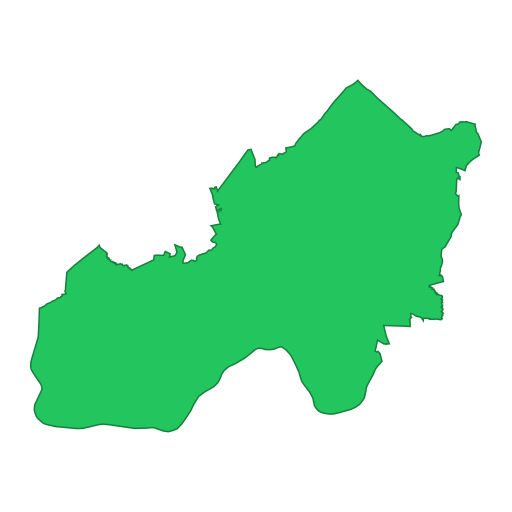 Ūdrīšu pag., Kraslavas, Latvia (Albers equal-area conic projection)
{"feature_id": "27541924B10135077648270", "entity_name": "Ūdrīšu pag.", "entity_type": "district", "adm_level": 2, "iso_a3": "LVA", "parent_name": "Latvia", "parent_adm1": "Kraslavas", "projection": "albers", "projection_center": [27.063, 55.925], "detail": "fine", "context": "isolated", "style": "filled", "palette": "green", "viewbox_px": 512, "rotation_deg": 0, "n_neighbors": 0, "source": "geoboundaries", "source_scale": "gbopen_adm2", "svg_char_len": 6033}
<svg xmlns="http://www.w3.org/2000/svg" viewBox="0 0 512 512"><path d="M382.0,361.3L381.0,357.6L380.2,353.8L377.9,351.3L377.1,352.1L375.2,351.2L377.5,340.1L383.9,343.9L386.2,343.8L386.1,344.2L389.3,343.8L386.2,336.0L383.7,325.5L403.7,326.1L410.2,326.5L410.0,320.2L409.4,319.7L411.6,317.3L410.9,316.9L410.7,314.0L410.9,313.5L412.9,314.0L416.2,316.2L420.7,317.2L421.3,317.7L423.2,320.5L423.2,318.7L423.8,318.5L423.8,318.2L429.5,318.5L429.4,319.2L434.2,319.3L435.2,319.0L441.0,319.7L441.3,318.4L442.5,319.4L442.3,319.1L441.9,317.9L441.4,317.5L441.7,316.7L442.7,315.6L442.7,315.3L442.2,314.7L442.8,314.3L442.8,313.6L443.1,313.4L443.0,312.9L442.3,312.2L441.5,311.9L441.3,311.6L442.6,310.2L443.0,309.3L442.5,308.7L442.5,308.3L442.2,308.1L442.5,307.8L442.3,307.3L441.2,306.9L442.6,305.8L442.7,305.4L442.0,305.0L441.5,302.9L442.6,302.6L441.7,300.7L442.5,300.0L441.6,299.5L441.3,298.7L442.2,298.2L442.5,296.7L442.0,295.8L441.4,295.5L440.0,295.3L437.7,294.4L436.7,294.6L436.7,294.4L437.4,294.1L437.5,293.4L437.1,293.2L436.4,293.4L436.2,293.2L436.3,292.7L436.1,292.6L435.2,292.8L435.1,292.4L435.4,291.2L434.1,290.6L433.9,290.1L434.1,289.3L431.9,289.2L432.6,288.0L430.5,286.7L429.6,287.3L429.0,286.3L429.3,285.4L443.5,281.4L442.4,276.5L441.7,275.8L439.1,275.5L439.4,274.8L439.8,275.3L440.5,275.5L440.7,274.8L439.6,274.4L439.9,272.5L440.4,271.0L440.3,269.0L440.6,267.7L441.8,264.6L442.4,262.5L442.5,261.1L442.3,259.2L441.3,257.0L441.1,255.6L441.6,251.4L441.6,249.7L442.4,248.7L445.1,246.9L451.1,236.6L451.5,233.8L452.3,232.0L457.9,224.5L458.7,221.6L459.4,219.8L459.9,217.4L461.4,214.8L459.0,208.0L458.7,204.2L458.8,195.7L458.1,196.2L455.5,193.7L456.2,191.1L456.7,179.7L457.8,178.0L459.9,179.6L460.0,176.5L459.0,176.3L458.3,172.9L456.3,172.4L456.4,167.6L457.9,167.8L464.3,170.3L465.0,170.7L466.4,165.6L469.7,162.1L472.6,159.5L479.4,155.2L478.6,153.3L478.7,151.0L479.1,150.8L481.3,142.0L477.9,133.5L477.0,132.9L476.6,132.3L476.2,131.0L476.1,129.9L475.4,127.1L474.9,126.1L475.3,124.3L466.5,121.7L466.5,121.9L460.0,121.9L458.2,124.1L456.0,124.4L451.4,130.4L449.3,128.7L444.7,129.3L442.5,131.2L440.4,132.4L435.9,133.9L429.0,135.8L426.2,135.8L424.1,136.6L421.6,136.3L420.5,134.9L420.5,135.6L412.9,130.8L411.6,128.7L401.8,119.8L401.0,119.5L394.6,113.3L377.6,98.3L370.5,91.1L366.8,89.2L360.6,83.6L357.9,80.3L355.6,82.4L352.1,84.9L346.3,87.9L340.8,94.4L334.2,101.6L330.0,107.0L327.7,110.4L324.6,114.0L320.7,119.7L319.4,120.2L318.3,121.9L310.7,128.9L304.2,133.2L300.7,137.4L299.6,138.3L295.8,143.4L294.8,145.8L291.3,146.9L285.9,147.9L286.3,151.5L285.6,152.5L283.4,153.4L282.9,154.1L281.2,154.2L280.8,153.8L279.1,153.5L278.6,154.4L278.0,154.7L278.0,155.1L278.3,155.5L277.4,155.6L277.2,156.7L275.9,157.6L275.9,157.4L272.7,157.2L269.8,157.8L269.4,158.8L269.4,160.4L267.5,161.2L266.9,161.9L265.4,162.7L263.9,162.7L262.5,163.3L262.0,163.0L261.6,164.1L257.5,166.1L256.9,166.6L256.9,167.0L256.2,167.4L255.3,166.2L255.0,159.6L251.0,149.3L247.9,150.0L243.1,156.5L240.0,161.1L217.6,191.0L217.5,189.9L216.8,188.7L216.3,186.8L214.9,187.2L214.7,187.7L214.8,188.5L214.7,188.9L214.1,188.8L214.0,188.5L212.9,188.6L212.5,188.3L212.0,188.5L211.1,188.1L210.4,188.6L209.9,188.5L212.5,194.9L213.2,198.9L214.5,203.8L218.5,205.0L215.6,206.6L216.6,210.8L221.0,208.4L221.3,210.1L217.2,212.4L217.9,215.2L218.1,217.0L218.9,219.9L220.7,224.2L219.0,224.2L211.0,225.8L212.6,227.2L216.4,234.3L215.8,234.5L210.8,240.1L211.8,241.5L212.7,242.1L215.4,242.5L216.6,244.2L216.7,244.8L216.0,245.5L215.4,246.7L212.9,248.2L212.1,249.5L211.0,250.4L208.8,250.1L206.5,252.6L205.7,253.1L201.7,254.2L198.8,255.3L197.7,256.1L197.0,256.8L196.5,258.5L196.8,259.2L196.7,260.1L194.8,261.4L193.1,260.4L191.8,260.1L191.0,260.4L187.9,262.7L183.6,263.4L183.0,263.0L182.6,262.5L183.1,261.6L183.0,260.5L185.2,255.6L185.4,254.6L185.2,254.1L181.8,246.6L181.8,247.7L174.9,244.8L177.0,252.3L175.1,255.6L169.5,257.1L170.2,253.8L165.2,251.4L163.7,255.3L156.6,255.2L154.3,255.4L153.7,259.9L131.7,270.2L131.6,269.8L131.0,269.5L130.4,268.6L129.9,268.9L129.5,268.4L129.5,268.0L128.0,267.3L128.1,266.3L127.6,266.2L127.6,265.8L127.2,265.7L126.7,264.9L126.0,265.3L124.7,265.3L124.4,265.7L123.9,265.5L123.1,265.6L123.1,265.3L122.5,264.9L122.4,264.2L121.3,264.3L120.3,263.6L119.1,264.3L117.1,264.3L116.1,264.9L115.8,264.3L116.0,263.5L115.5,263.6L115.3,262.8L114.9,262.9L114.5,262.6L114.3,263.1L113.9,263.1L112.9,261.5L110.7,261.6L110.4,260.7L110.6,260.2L109.9,260.3L109.5,260.0L109.2,258.5L108.8,258.3L108.4,258.6L108.5,257.8L108.3,257.7L107.1,257.8L107.2,257.1L106.6,256.4L106.9,256.2L106.6,255.8L107.0,255.1L106.8,254.9L107.1,254.7L106.8,254.4L107.1,253.8L106.9,253.4L107.0,253.0L99.9,247.4L99.2,245.2L98.2,246.7L97.6,246.9L96.7,247.9L87.9,254.6L75.2,264.7L66.9,272.2L65.5,288.4L65.6,289.3L65.5,290.0L64.9,290.8L66.0,293.8L61.9,294.6L62.3,295.3L62.2,296.0L60.8,296.7L60.5,297.6L57.7,297.9L55.8,299.7L54.6,300.5L53.3,300.9L51.9,301.5L51.3,302.2L47.1,303.8L43.9,306.5L43.0,306.6L42.1,307.3L39.4,308.2L39.1,320.0L38.2,337.2L31.8,358.6L30.9,362.2L30.7,366.1L30.9,367.9L31.2,369.1L32.4,371.6L35.2,376.0L40.8,384.1L41.9,387.4L41.9,389.3L41.3,390.9L35.2,403.7L34.6,405.6L34.3,409.9L34.8,412.3L36.5,416.6L38.1,418.8L43.2,423.2L45.9,424.3L55.3,426.5L77.3,428.6L83.2,428.3L98.3,424.7L103.0,424.1L109.3,424.7L134.6,428.4L148.0,428.0L151.2,427.6L154.2,427.8L163.4,431.0L168.3,431.7L171.9,430.8L176.9,428.9L181.6,424.2L184.7,419.9L190.8,410.6L193.5,404.8L198.5,396.6L204.6,392.0L213.9,386.6L217.8,382.8L220.2,378.3L221.7,374.3L223.9,370.8L227.9,367.2L230.7,365.7L234.5,364.1L243.5,358.9L247.4,356.1L255.5,349.4L258.4,348.2L262.3,348.6L265.1,349.5L269.9,349.7L273.9,349.2L278.2,347.4L281.1,346.8L282.7,347.5L285.9,349.8L288.9,353.0L290.8,355.3L294.1,361.6L296.4,366.4L299.1,372.5L300.6,378.2L301.9,381.4L304.2,385.0L309.5,391.9L312.8,397.9L314.4,405.4L316.2,408.4L318.6,411.0L321.6,412.5L325.2,413.5L329.7,414.1L333.3,414.0L339.9,412.5L351.1,409.3L355.5,407.2L359.7,404.3L362.5,400.8L364.4,397.8L365.8,391.5L366.4,387.4L368.9,382.2L373.2,374.5L375.5,369.0L377.7,366.1L382.0,361.3Z" fill="#22c55e" stroke="#15803d" stroke-width="1.5"/></svg>